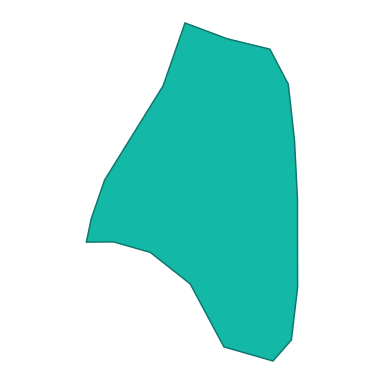 the border of Anse-la-Raye
{"feature_id": "LCA-5076", "entity_name": "Anse-la-Raye", "entity_type": "Quarter", "adm_level": 1, "iso_a3": "LCA", "parent_name": "Saint Lucia", "parent_adm1": "", "projection": "robinson", "projection_center": [-61.018, 13.927], "detail": "fine", "context": "isolated", "style": "filled", "palette": "teal", "viewbox_px": 384, "rotation_deg": 0, "n_neighbors": 0, "source": "natural_earth", "source_scale": "10m", "svg_char_len": 352}
<svg xmlns="http://www.w3.org/2000/svg" viewBox="0 0 384 384"><path d="M86.4,242.1L91.2,218.9L104.6,180.0L163.1,85.8L185.0,23.0L227.0,38.7L269.9,49.2L288.3,84.2L294.5,140.3L297.5,199.8L297.5,234.8L297.6,287.4L291.4,339.9L273.0,361.0L223.9,346.9L190.2,283.9L150.3,252.4L113.5,241.9L86.4,242.1Z" fill="#14b8a6" stroke="#0f766e" stroke-width="1.5"/></svg>